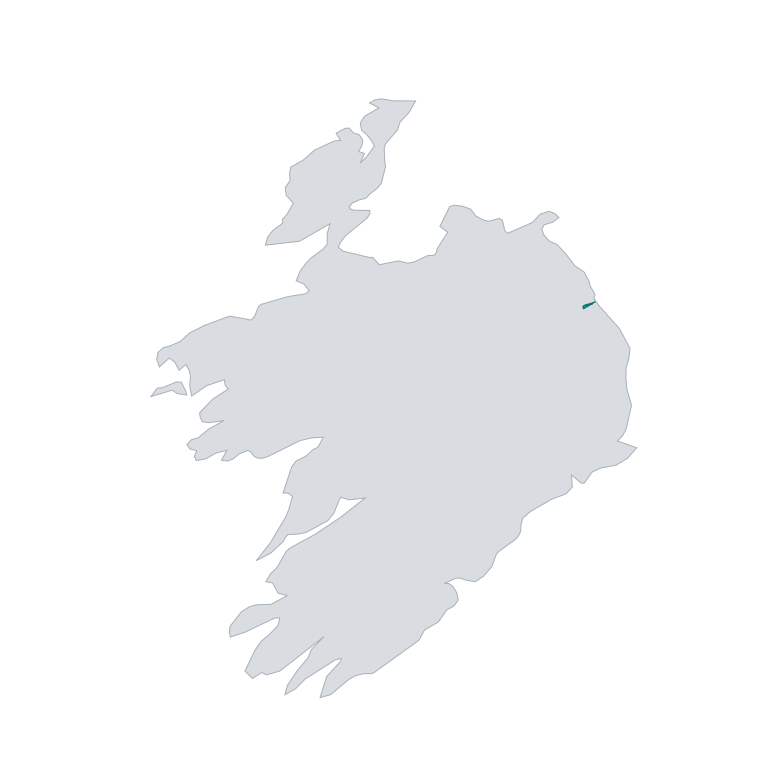 South East Inner City Lea-5, Dublin, Ireland shown in context, rotated 337°
{"feature_id": "5873133B57887905689291", "entity_name": "South East Inner City Lea-5", "entity_type": "district", "adm_level": 2, "iso_a3": "IRL", "parent_name": "Ireland", "parent_adm1": "Dublin", "projection": "equal_earth", "projection_center": [-6.215, 53.339], "detail": "fine", "context": "in_parent", "style": "filled", "palette": "teal", "viewbox_px": 768, "rotation_deg": 337, "n_neighbors": 0, "source": "geoboundaries", "source_scale": "gbopen_adm2", "svg_char_len": 4578}
<svg xmlns="http://www.w3.org/2000/svg" viewBox="0 0 768 768"><g transform="rotate(337 384 384)"><path d="M496.0,155.2L479.0,163.7L476.3,167.0L471.4,180.1L470.8,183.8L460.0,198.3L453.9,201.3L444.9,203.7L439.8,206.0L433.3,204.8L425.2,205.0L421.1,207.6L421.3,209.6L423.7,212.0L438.7,218.7L437.8,221.5L433.5,224.6L406.4,232.5L398.2,237.3L395.4,240.4L398.2,245.7L419.6,261.5L423.2,263.2L426.3,272.4L445.4,276.3L453.1,282.1L459.8,283.4L474.4,282.9L480.3,285.1L483.6,283.5L485.6,280.4L502.0,269.2L497.0,260.8L513.6,246.5L518.2,246.7L525.9,251.1L532.2,257.1L534.2,265.3L540.2,272.6L544.1,275.1L554.6,276.6L557.0,279.4L555.1,290.0L556.7,293.6L583.5,293.3L594.2,288.7L603.5,289.5L608.1,294.3L610.1,299.1L602.1,301.0L593.8,300.0L589.7,303.2L589.4,309.4L592.2,317.4L597.8,323.1L602.3,335.9L606.0,350.1L611.8,358.7L612.9,369.4L612.1,374.7L613.2,384.1L610.7,387.5L612.6,396.4L622.4,425.1L624.3,447.6L619.5,456.0L613.0,464.0L608.8,473.5L605.5,483.8L603.5,500.4L589.5,519.9L583.5,524.8L576.5,527.7L591.7,541.4L579.2,547.5L565.7,549.4L550.7,546.0L541.3,546.4L529.4,553.5L526.7,552.2L521.1,541.0L516.9,552.6L508.3,556.3L493.5,555.5L468.7,558.6L459.1,561.9L455.1,567.1L452.1,573.1L448.2,576.6L443.8,578.5L424.7,582.9L420.9,584.6L411.9,594.3L400.2,599.9L390.5,601.6L382.0,596.0L378.6,592.6L374.6,590.9L361.5,591.1L365.6,592.9L368.2,596.8L369.4,604.5L367.8,612.0L361.3,615.8L353.5,616.5L341.2,624.2L325.0,626.4L316.1,633.5L262.4,645.7L259.3,645.8L252.0,642.7L244.0,641.3L236.0,642.3L213.4,649.1L202.6,647.7L216.9,630.9L235.6,622.4L237.6,620.1L231.6,618.9L196.1,624.8L183.7,629.9L171.4,631.3L177.3,623.7L193.4,613.2L207.2,606.3L213.2,600.1L230.1,593.1L176.1,607.5L162.0,605.8L158.8,601.8L147.8,603.6L143.9,593.9L160.5,579.2L170.2,572.9L181.5,569.5L192.4,564.6L196.6,558.6L191.6,556.7L159.1,558.2L143.7,556.9L144.6,552.2L147.6,546.9L163.9,537.9L172.7,536.5L180.4,537.4L193.9,542.7L212.2,540.9L204.7,535.2L203.7,523.6L198.0,519.7L205.5,514.3L214.1,511.0L228.5,499.9L233.6,498.2L261.7,495.5L292.0,489.7L322.1,481.6L306.8,477.1L299.6,471.2L287.5,483.2L278.9,487.8L254.9,490.2L247.3,488.9L236.7,485.1L233.3,486.6L230.2,489.4L214.1,495.3L197.4,496.7L217.1,485.9L242.1,467.6L247.8,461.8L255.8,451.8L253.5,447.3L248.5,444.8L266.7,424.2L273.1,420.5L284.5,419.9L292.9,416.6L296.6,416.6L299.9,415.4L307.3,409.2L296.1,405.3L284.5,403.3L248.4,405.4L243.7,405.0L239.2,403.1L236.4,400.4L234.4,393.4L231.8,391.8L223.6,391.8L215.6,394.0L210.0,393.8L204.6,390.7L213.5,383.6L202.3,381.9L190.8,383.3L181.3,381.1L181.1,376.7L185.6,372.2L180.0,368.0L179.0,362.7L185.1,360.0L191.7,360.9L205.2,357.0L222.4,355.1L207.7,351.2L202.0,347.8L201.8,342.8L203.1,338.4L220.3,331.0L238.5,327.8L237.3,323.0L238.7,317.7L220.4,316.2L202.2,319.9L204.4,309.9L209.0,300.9L210.0,295.0L209.3,288.6L200.8,291.3L200.0,282.4L196.6,276.2L183.9,280.5L184.5,272.4L188.2,266.7L194.9,264.3L201.3,265.3L213.4,265.2L225.1,261.0L241.9,259.9L268.5,261.2L286.6,273.2L291.4,271.1L298.9,263.5L302.3,262.7L329.9,266.0L347.0,270.3L351.6,269.0L349.3,260.6L343.5,254.7L351.1,247.1L360.2,242.0L366.2,239.4L380.2,236.2L386.3,233.2L390.4,223.5L397.0,215.3L362.1,219.6L329.1,209.9L334.5,203.1L341.5,199.3L353.7,196.3L354.9,192.8L361.0,189.9L371.2,182.1L367.7,172.1L369.8,164.7L377.1,159.9L379.5,153.0L382.8,148.0L397.5,146.2L411.7,141.5L433.4,140.9L439.1,142.8L437.9,134.5L448.1,133.4L452.1,135.0L453.8,140.9L458.4,144.7L459.8,151.2L456.6,156.2L451.4,160.1L456.1,164.1L448.6,171.3L456.6,168.2L468.1,161.2L467.6,155.4L465.7,148.2L462.6,141.7L464.1,134.5L470.5,130.0L487.3,127.8L480.5,119.7L486.7,118.9L493.3,120.6L503.0,126.9L523.7,135.8L513.5,143.7L501.0,149.2L496.0,155.2ZM198.7,313.2L198.1,317.1L190.2,312.2L186.5,306.9L164.5,304.5L173.8,299.2L178.3,300.8L193.8,301.0L198.1,303.2L198.7,313.2Z" fill="#d9dde1" stroke="#a8b0b8" stroke-width="1"/><path d="M602.4,390.3L602.1,390.2L599.5,390.0L599.2,390.0L598.4,390.2L597.6,390.4L597.6,390.7L597.6,390.8L597.5,391.4L597.4,391.6L597.2,392.0L597.2,392.5L597.5,392.5L598.4,392.4L598.8,392.4L599.7,392.2L600.4,391.9L601.0,391.4L601.3,391.6L601.6,392.1L601.9,391.9L602.7,391.8L602.7,391.7L602.5,391.4L603.2,391.3L603.9,391.8L604.3,392.1L604.0,391.8L604.1,391.7L604.4,391.4L604.5,391.5L606.0,391.7L606.3,391.4L607.3,391.4L607.4,391.2L607.6,391.2L607.8,391.0L608.0,391.0L609.8,390.9L610.8,390.8L609.8,390.9L607.6,390.9L607.0,391.0L606.7,391.0L606.7,390.9L606.7,391.0L606.6,390.9L606.4,391.0L606.3,390.9L606.2,390.9L606.2,391.1L606.1,390.9L605.9,390.8L605.7,390.8L605.6,391.0L605.1,390.9L605.6,391.0L605.7,390.8L603.8,390.5L603.6,390.6L602.5,390.4L602.4,390.3Z" fill="#14b8a6" stroke="#0f766e" stroke-width="1.5"/></g></svg>